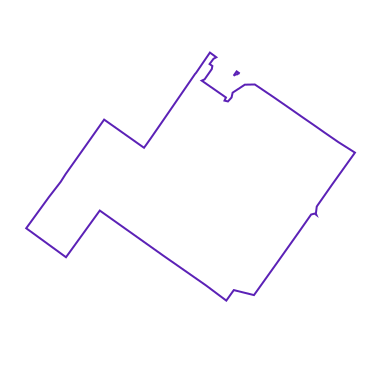 outline of Sandoval, New Mexico, United States of America, rotated 305°
{"feature_id": "52423323B31850175994071", "entity_name": "Sandoval", "entity_type": "district", "adm_level": 2, "iso_a3": "USA", "parent_name": "United States of America", "parent_adm1": "New Mexico", "projection": "orthographic", "projection_center": [-106.623, 35.709], "detail": "fine", "context": "isolated", "style": "outline", "palette": "violet", "viewbox_px": 384, "rotation_deg": 305, "n_neighbors": 0, "source": "geoboundaries", "source_scale": "gbopen_adm2", "svg_char_len": 963}
<svg xmlns="http://www.w3.org/2000/svg" viewBox="0 0 384 384"><g transform="rotate(305 192 192)"><path d="M122.7,282.4L135.6,282.5L143.1,301.9L186.2,302.3L222.7,302.5L228.9,302.5L234.8,302.5L240.8,302.5L241.3,302.5L241.9,302.5L244.7,304.9L244.6,307.0L245.3,305.9L251.5,302.6L252.8,302.5L253.7,302.5L257.3,302.5L270.1,302.5L278.3,302.5L288.7,302.6L317.7,302.9L317.5,297.7L316.8,283.0L316.7,266.6L316.7,251.9L316.6,237.8L316.6,232.3L316.5,204.9L316.1,181.8L310.2,173.7L296.7,168.3L292.1,170.2L286.8,169.5L285.5,166.2L288.9,165.6L288.8,136.1L291.5,137.7L304.1,137.7L306.9,136.4L306.9,133.0L313.4,133.2L316.3,134.6L316.5,126.7L292.0,127.0L290.4,126.8L231.8,127.3L214.7,127.4L204.7,127.4L200.7,127.3L200.9,78.5L170.4,78.4L134.2,78.2L125.0,78.6L105.8,77.7L67.2,77.0L66.3,126.2L123.9,127.1L123.4,204.2L123.5,257.0L122.7,282.4ZM316.4,159.4L311.2,159.4L313.7,160.6L314.1,161.4L316.2,162.3L316.4,163.1L316.4,159.4Z" fill="none" stroke="#5b21b6" stroke-width="2"/></g></svg>